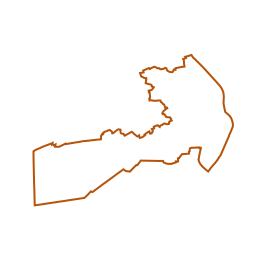 Huyen Cai Lay, Tiền Giang, Vietnam, rotated 261°
{"feature_id": "81297802B21182108853425", "entity_name": "Huyen Cai Lay", "entity_type": "district", "adm_level": 2, "iso_a3": "VNM", "parent_name": "Vietnam", "parent_adm1": "Tiền Giang", "projection": "equal_earth", "projection_center": [106.102, 10.405], "detail": "fine", "context": "isolated", "style": "outline", "palette": "amber", "viewbox_px": 256, "rotation_deg": 261, "n_neighbors": 0, "source": "geoboundaries", "source_scale": "gbopen_adm2", "svg_char_len": 5872}
<svg xmlns="http://www.w3.org/2000/svg" viewBox="0 0 256 256"><g transform="rotate(261 128 128)"><path d="M72.5,200.4L73.5,201.5L75.5,203.4L78.2,206.6L79.8,208.5L82.4,211.3L84.8,213.3L86.3,214.9L86.8,215.3L102.9,225.6L104.1,226.4L105.1,226.8L107.6,228.5L111.6,230.9L112.5,231.5L114.0,232.0L115.2,232.2L118.0,232.1L118.6,232.0L120.5,231.7L122.0,231.3L123.4,230.6L124.9,229.7L127.4,227.6L127.8,227.3L128.3,226.9L128.9,226.5L129.9,226.5L131.4,226.4L136.4,226.2L137.8,226.3L140.4,226.8L142.0,227.1L143.5,227.5L146.3,227.7L148.4,227.7L149.9,227.4L152.0,226.8L154.2,225.9L156.5,224.6L172.7,214.0L173.1,213.7L178.5,210.0L180.4,208.6L182.3,207.2L186.6,204.0L187.6,203.2L187.8,203.1L189.7,202.3L190.2,202.1L189.7,199.0L189.4,195.7L188.0,196.2L187.5,193.3L187.0,193.5L186.4,193.7L185.8,193.7L184.2,193.6L182.6,193.4L181.5,193.4L179.8,193.4L179.9,192.4L179.9,190.8L179.9,189.3L179.9,189.1L179.8,188.0L179.7,186.0L179.6,184.3L178.1,184.0L178.3,183.3L178.6,182.8L178.6,182.7L178.5,182.3L178.0,182.1L177.1,181.6L176.2,180.6L176.3,180.1L176.5,179.1L176.8,178.2L177.1,177.6L177.8,176.7L178.7,175.7L179.2,175.5L179.9,175.4L180.6,175.4L181.1,175.0L181.3,174.8L181.4,174.6L181.5,174.3L181.5,173.8L181.4,173.5L181.3,173.2L180.9,172.6L180.8,171.9L180.9,171.2L180.8,169.9L181.0,169.3L181.1,169.0L181.3,168.8L181.9,168.5L182.1,168.3L182.3,167.9L182.3,166.6L182.3,166.3L182.9,165.8L183.3,165.5L183.4,165.2L183.5,165.0L183.8,164.5L184.1,164.1L184.3,164.0L184.4,163.9L184.0,161.9L183.5,160.2L182.8,158.8L183.9,158.1L182.4,152.0L180.5,152.1L180.4,149.7L180.4,148.5L176.9,149.1L174.5,152.5L174.4,153.8L173.4,153.8L171.9,153.2L169.5,152.5L168.8,154.0L168.0,155.7L167.6,156.5L167.4,157.1L167.2,157.5L166.5,158.0L166.1,158.2L165.7,158.1L165.3,158.0L164.3,159.8L162.9,158.6L162.4,158.0L162.3,157.9L162.1,157.6L162.1,157.4L162.0,157.1L161.8,156.4L161.6,154.2L159.9,154.2L159.8,154.9L155.2,154.7L154.7,154.4L154.1,154.3L153.8,153.6L151.8,153.6L151.9,154.4L151.9,154.8L151.8,155.1L151.7,155.5L151.2,156.7L150.8,158.3L150.6,158.8L150.6,159.5L150.5,160.9L150.5,161.5L150.4,162.6L150.4,162.9L150.1,163.7L150.0,164.4L149.4,164.5L148.5,164.6L147.5,165.6L146.4,166.2L145.4,167.4L144.4,167.6L143.0,167.8L142.1,168.0L142.2,169.6L141.4,169.9L140.6,168.1L139.7,166.6L139.0,165.5L138.3,165.0L137.5,164.4L137.0,164.2L136.7,164.2L136.4,164.4L136.0,164.9L136.0,165.1L136.0,165.3L136.1,165.6L136.1,165.8L136.0,166.0L135.8,166.2L135.5,166.2L135.2,166.4L135.0,166.6L134.7,166.8L134.3,167.0L133.9,167.0L133.5,167.0L133.2,167.1L133.0,167.5L132.8,167.8L132.6,168.1L132.5,168.5L132.4,169.1L132.2,170.1L132.0,170.8L131.9,171.0L131.8,171.3L131.6,171.4L131.3,171.4L131.1,171.4L130.9,171.6L130.4,171.9L130.3,171.7L129.8,171.7L129.1,171.9L128.8,172.0L128.5,172.2L128.4,171.8L128.1,170.6L127.9,169.9L127.6,169.6L127.4,169.5L127.2,169.5L126.7,169.4L126.5,169.5L126.2,169.5L125.8,169.3L125.6,168.9L125.6,168.3L125.6,167.8L125.6,167.2L125.8,166.7L126.3,165.6L126.7,165.1L126.7,164.3L126.7,164.0L126.6,163.8L126.1,162.8L125.8,162.4L125.6,162.0L125.5,161.8L125.5,161.5L125.5,161.0L125.4,160.7L125.2,160.2L124.9,159.8L124.1,159.5L124.9,158.6L125.7,158.1L126.1,157.4L126.0,157.0L126.0,156.8L125.9,156.4L125.9,156.1L125.5,155.1L125.4,154.4L125.4,154.1L125.3,153.9L125.2,153.6L124.9,153.5L124.7,153.5L124.4,153.6L124.2,153.7L123.9,153.7L123.4,153.7L123.2,151.4L122.7,151.6L121.5,152.0L120.9,152.0L120.4,151.7L119.7,150.9L119.1,150.6L119.0,150.3L118.9,149.9L119.0,148.9L120.0,148.7L121.3,148.6L120.7,146.7L118.9,143.3L118.2,143.7L116.6,140.6L116.6,140.3L116.4,138.0L119.0,137.8L118.3,136.7L118.2,136.5L118.2,136.3L118.2,136.0L118.2,135.8L118.6,135.4L120.0,134.2L121.3,133.0L123.0,131.8L123.7,131.1L122.3,127.3L121.0,123.8L120.9,123.6L121.0,123.3L121.1,123.2L121.6,123.1L122.3,123.0L122.6,122.9L122.8,122.7L123.0,122.4L123.2,121.9L123.4,121.0L123.5,120.8L123.8,120.4L124.0,120.2L124.3,120.1L124.7,120.0L125.1,120.0L125.9,120.0L126.5,120.1L127.1,120.4L127.4,120.4L127.5,120.3L127.6,120.2L127.9,119.2L128.2,118.6L128.0,117.7L127.4,116.3L125.2,112.4L125.1,112.0L125.2,111.6L126.3,111.6L126.8,111.5L127.3,111.2L127.5,111.0L128.3,110.2L128.8,109.8L129.0,109.6L128.4,107.0L128.2,105.9L127.8,103.9L126.4,101.8L126.2,101.9L126.1,102.1L126.0,102.4L126.0,102.5L125.6,102.2L125.5,101.9L125.4,101.3L125.3,100.9L125.0,100.5L124.7,100.3L122.9,99.9L121.0,99.5L121.1,98.1L121.3,96.2L121.5,91.5L121.6,89.4L121.6,88.1L121.8,84.7L121.8,84.0L121.9,83.1L122.0,82.2L121.9,76.3L121.9,75.5L121.9,73.7L121.9,69.0L121.8,64.4L122.4,64.1L120.2,56.9L120.9,53.1L123.1,53.8L122.7,52.7L122.5,52.0L123.9,51.3L123.6,50.5L125.0,51.0L124.7,50.2L124.1,47.1L123.0,41.7L122.6,40.1L121.8,37.3L121.6,36.4L121.2,34.8L120.7,33.2L119.8,31.0L117.0,30.6L111.0,29.7L87.3,26.5L81.3,25.8L75.4,25.0L69.5,24.2L66.2,23.8L66.2,25.9L66.1,28.0L66.1,29.9L66.1,30.8L66.1,33.1L66.1,33.4L66.1,35.0L66.0,44.3L66.0,46.9L66.0,49.6L65.9,52.2L65.9,54.8L65.9,57.4L65.9,60.1L65.8,67.9L65.8,73.1L65.8,74.0L66.2,74.7L68.2,77.6L70.5,80.6L71.2,81.3L70.3,82.9L70.6,83.5L72.8,87.7L74.1,90.2L76.8,95.3L77.6,97.0L81.8,105.1L82.8,107.1L83.6,108.5L85.0,111.3L85.9,113.1L87.9,117.1L87.3,117.7L86.2,118.7L85.8,119.2L85.6,119.6L85.3,120.9L85.0,122.1L84.6,123.1L87.0,126.1L89.9,130.1L90.1,130.5L90.0,130.9L89.8,131.4L92.2,133.9L92.9,134.7L93.8,135.4L93.4,137.8L92.9,140.6L91.7,147.4L91.5,148.4L90.5,154.0L90.0,157.5L88.5,157.7L86.9,160.3L86.4,161.7L86.1,163.1L86.0,164.2L85.7,165.3L86.1,166.7L86.2,166.9L86.2,168.1L86.6,170.3L87.5,170.1L87.2,172.3L90.3,172.6L90.3,173.0L90.2,173.9L90.9,174.3L91.8,175.3L93.7,177.2L93.2,183.5L93.2,184.3L93.6,184.4L94.9,184.5L95.4,185.3L96.1,185.2L98.2,186.0L98.3,186.1L98.3,186.4L98.3,186.7L98.5,187.3L98.5,187.7L98.5,188.1L98.4,188.5L98.3,189.6L98.0,191.8L97.9,193.3L97.8,194.6L97.6,195.7L96.9,195.5L96.7,196.7L96.7,196.8L90.8,194.5L87.9,193.5L86.0,192.9L85.9,192.7L83.7,192.9L82.4,193.3L80.9,193.9L78.2,195.5L75.2,197.9L72.5,200.4Z" fill="none" stroke="#b45309" stroke-width="2"/></g></svg>